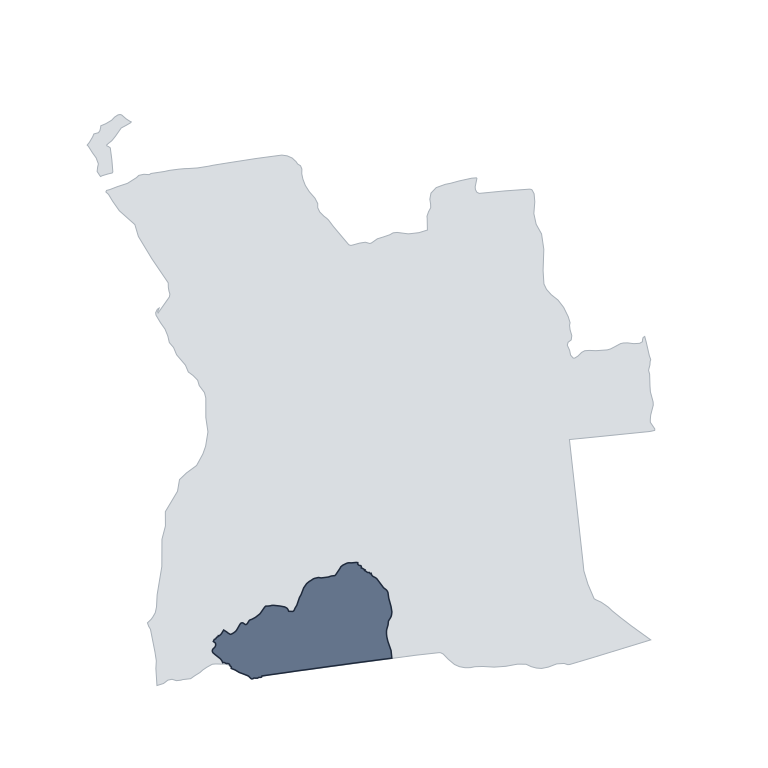 Cunene on a map of Angola (orthographic projection), rotated 352°
{"feature_id": "AGO-1889", "entity_name": "Cunene", "entity_type": "Province", "adm_level": 1, "iso_a3": "AGO", "parent_name": "Angola", "parent_adm1": "", "projection": "orthographic", "projection_center": [15.075, -16.287], "detail": "fine", "context": "in_parent", "style": "filled", "palette": "slate", "viewbox_px": 768, "rotation_deg": 352, "n_neighbors": 0, "source": "natural_earth", "source_scale": "10m", "svg_char_len": 6419}
<svg xmlns="http://www.w3.org/2000/svg" viewBox="0 0 768 768"><g transform="rotate(352 384 384)"><path d="M648.8,373.2L649.5,379.1L650.2,387.3L650.7,393.1L651.3,395.8L651.5,397.2L650.7,398.6L650.0,402.1L648.7,405.2L647.9,407.3L648.4,411.3L647.1,423.0L646.7,428.8L648.0,439.2L647.7,442.4L643.8,451.8L642.7,456.5L642.4,459.0L645.9,466.2L645.6,467.6L642.7,467.9L640.4,468.0L559.9,464.8L556.3,586.6L555.9,596.9L558.1,610.8L562.2,625.9L564.0,627.3L568.7,630.3L575.0,636.1L578.5,640.5L585.7,648.2L595.2,657.9L612.5,674.5L552.1,684.1L528.9,687.6L526.9,687.5L523.5,685.8L516.1,685.2L507.4,687.2L500.5,687.6L495.4,686.5L490.5,684.4L485.7,681.3L477.3,680.0L465.3,680.5L453.7,679.7L442.7,677.5L434.7,676.6L429.9,676.9L424.7,676.2L419.3,674.4L414.7,671.5L409.3,665.5L405.1,659.7L404.0,658.9L402.6,658.0L401.3,657.7L377.4,657.0L231.3,656.1L214.4,657.1L213.1,656.9L211.0,656.2L209.5,655.0L204.7,651.7L200.5,649.3L194.8,645.2L191.1,640.7L188.0,639.3L182.5,638.5L178.4,637.8L175.0,637.6L169.2,639.8L164.7,642.0L161.6,644.1L156.1,646.5L151.5,648.9L143.5,648.7L141.7,649.0L137.2,648.9L133.0,646.9L128.7,647.2L124.0,649.9L117.2,651.0L118.5,634.0L120.0,626.5L119.9,617.6L118.6,594.4L117.3,591.3L116.5,587.6L120.7,584.6L122.8,582.4L125.7,578.6L127.7,573.1L130.0,561.2L138.6,533.8L142.5,506.9L147.8,494.2L149.7,480.0L164.6,461.5L168.2,450.2L176.0,444.6L187.1,438.6L194.9,428.1L198.7,420.8L203.0,406.9L202.9,392.4L205.6,373.1L205.0,367.5L200.8,359.8L200.0,354.3L196.1,349.0L191.9,344.9L190.0,337.7L182.7,326.2L180.7,318.6L177.2,313.1L176.6,306.3L174.8,299.2L171.2,292.2L167.8,284.1L167.8,281.6L169.9,278.5L171.9,277.5L171.2,279.0L169.9,280.8L170.2,282.2L183.6,267.9L184.5,265.2L184.0,262.1L183.9,258.3L184.4,253.8L171.6,227.8L161.3,203.7L159.5,191.5L146.0,175.6L140.7,165.2L137.6,157.9L135.3,155.1L136.2,153.7L139.6,153.3L147.3,151.5L157.9,149.6L167.6,145.2L170.2,143.3L175.4,142.9L180.6,144.0L182.6,143.1L183.7,143.1L196.0,143.0L201.2,142.6L210.7,142.7L216.7,143.0L220.2,143.4L229.4,144.1L241.0,143.9L245.0,143.6L260.2,143.3L288.5,142.9L303.4,143.0L314.7,143.1L319.9,144.6L324.6,147.5L326.7,150.2L327.7,151.3L329.1,154.1L331.7,156.3L332.6,159.7L331.8,164.4L332.2,169.9L333.7,176.4L336.8,183.2L341.5,190.4L343.5,196.1L342.9,200.2L344.3,204.7L347.8,209.4L350.3,211.9L351.8,213.8L355.8,221.0L368.5,241.2L370.5,242.2L373.3,241.9L379.3,241.1L385.2,241.0L389.5,242.9L391.2,242.6L397.6,239.3L403.9,238.3L410.6,237.0L414.0,235.6L418.0,235.7L428.9,238.7L430.9,238.8L439.7,239.0L448.4,237.6L449.8,226.2L449.9,223.9L452.1,219.6L454.8,215.9L455.2,212.3L455.1,207.4L457.1,201.5L463.0,196.8L472.5,194.8L477.9,194.5L486.5,193.4L499.4,192.4L504.2,192.7L504.6,193.4L501.7,201.5L501.6,204.2L502.6,207.0L504.8,208.5L530.5,209.6L555.2,211.3L556.6,211.7L557.6,212.4L559.1,216.5L558.7,224.5L556.1,236.1L556.9,247.0L560.9,257.3L561.0,272.9L557.3,293.9L556.3,307.2L558.1,312.9L562.0,318.8L568.0,325.1L572.6,333.2L575.8,343.0L576.8,349.2L575.9,351.7L575.8,356.1L576.7,362.3L575.5,366.4L572.1,368.3L570.9,371.1L572.5,376.5L572.8,381.4L575.0,384.7L576.5,384.9L580.0,383.3L584.1,380.2L587.4,379.0L592.0,379.3L598.4,380.5L609.8,381.3L613.3,380.8L624.0,376.9L626.8,376.7L631.0,377.2L636.9,378.8L642.8,379.3L645.8,378.1L646.1,376.3L647.1,374.0L648.8,373.2ZM170.2,89.3L169.5,90.0L164.6,92.0L159.4,93.9L152.5,101.3L149.0,104.6L148.0,105.4L144.9,107.2L142.6,108.7L142.7,109.6L144.2,110.5L145.8,112.1L145.7,124.2L145.0,136.2L144.2,137.2L139.8,137.6L134.0,138.5L132.2,139.1L131.5,137.9L129.5,133.6L130.6,129.4L131.8,126.3L130.4,120.0L127.5,114.5L124.3,107.4L123.3,106.1L125.9,103.7L129.9,98.7L131.5,96.0L136.2,95.4L137.9,93.6L139.1,90.6L139.5,88.9L144.8,87.5L151.0,84.9L154.4,82.2L158.0,80.5L160.2,80.4L161.7,81.1L165.7,85.7L169.1,88.6L170.2,89.3Z" fill="#d9dde1" stroke="#a8b0b8" stroke-width="1"/><path d="M212.8,657.7L211.8,657.6L211.2,657.1L209.2,654.4L208.7,654.0L204.6,651.7L200.5,649.5L196.7,646.4L193.1,644.4L193.5,643.1L193.1,642.4L192.5,641.8L191.9,640.0L191.3,639.4L190.4,639.0L189.3,638.9L188.6,638.7L187.1,637.6L186.3,637.4L185.5,637.6L184.9,635.4L183.7,633.3L179.1,628.5L177.2,626.3L176.8,625.1L176.9,623.9L177.4,623.0L178.2,622.2L179.2,621.6L180.1,620.8L180.8,619.7L181.1,618.2L181.0,617.3L180.7,616.7L180.4,616.4L180.0,616.1L179.1,615.2L179.8,614.2L180.1,613.7L180.4,613.3L180.7,613.2L181.2,613.1L181.6,613.0L182.0,612.8L182.8,611.7L183.1,611.5L183.5,611.4L183.8,611.3L184.1,611.2L184.4,611.1L184.9,610.1L185.1,610.2L185.2,610.4L185.3,610.5L185.5,610.5L185.7,610.4L187.1,609.6L188.3,608.6L191.0,605.3L193.8,607.7L194.8,608.8L196.9,610.5L197.9,610.5L200.5,609.5L202.1,608.6L203.3,607.7L204.2,606.7L207.6,602.3L208.8,601.0L210.0,600.7L211.0,600.9L211.9,601.7L212.6,602.4L213.2,602.9L213.8,603.0L214.6,602.7L215.5,602.0L217.0,600.1L217.7,599.4L218.4,599.0L220.4,598.6L224.2,597.2L228.7,594.6L229.5,594.0L234.6,588.5L235.1,588.1L235.9,587.5L237.8,587.7L238.8,587.8L240.9,587.8L241.9,587.6L243.9,587.8L249.8,589.3L254.6,590.9L256.4,592.2L257.0,592.9L257.5,593.9L258.0,595.8L261.8,596.5L262.7,596.3L263.5,595.6L264.7,593.6L266.9,590.9L270.6,583.6L272.6,581.0L276.1,574.7L279.6,570.9L282.7,569.0L283.9,568.6L286.9,567.1L288.2,566.8L291.8,566.5L292.3,566.5L293.8,567.0L294.8,567.3L302.1,567.4L303.9,567.0L305.3,566.8L308.6,566.9L309.5,566.3L314.8,560.4L315.8,559.0L317.9,557.7L321.8,556.4L323.4,556.1L324.7,556.2L326.8,556.6L331.8,556.8L332.3,557.0L332.8,557.1L333.2,557.2L333.2,557.6L333.1,558.2L332.9,558.7L333.2,559.2L333.7,559.8L334.3,560.2L335.7,560.6L336.0,561.0L336.2,562.3L335.9,562.8L335.9,563.1L336.4,563.2L337.5,563.9L338.0,564.4L339.0,565.1L339.4,565.4L339.2,565.6L339.0,565.8L338.8,566.0L339.3,566.4L339.7,566.6L341.3,568.2L341.7,568.4L342.1,568.5L343.1,568.5L343.4,568.7L343.8,569.7L344.1,570.0L344.3,570.0L344.7,569.8L344.9,569.7L345.4,571.9L345.7,572.3L346.2,572.9L348.6,574.6L349.7,575.7L355.2,585.7L357.1,587.6L357.8,588.4L358.5,589.7L358.9,591.1L358.9,596.8L360.0,605.4L360.1,610.8L359.4,613.5L358.9,614.8L358.1,616.1L355.4,619.4L354.5,623.1L352.6,627.3L352.1,628.9L351.7,631.8L351.6,634.7L352.0,639.3L353.9,649.0L353.6,656.6L346.4,656.5L335.4,656.4L324.5,656.3L313.5,656.2L302.6,656.2L291.6,656.1L280.7,656.1L280.2,656.1L269.7,656.1L258.8,656.0L247.8,656.1L236.8,656.1L225.9,656.1L223.0,656.1L222.5,656.1L222.4,656.3L222.0,657.2L221.1,657.4L219.2,657.1L218.9,657.2L218.2,657.6L217.8,657.7L217.3,657.7L216.6,657.5L215.6,657.4L214.9,657.2L214.4,657.1L214.0,657.2L213.3,657.6L212.8,657.7Z" fill="#64748b" stroke="#1e293b" stroke-width="1.5"/></g></svg>